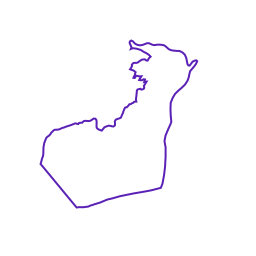 Belém, Brazil, rotated 215°
{"feature_id": "56859067B26519845494345", "entity_name": "Belém", "entity_type": "district", "adm_level": 2, "iso_a3": "BRA", "parent_name": "Brazil", "parent_adm1": "", "projection": "albers", "projection_center": [-48.415, -1.273], "detail": "fine", "context": "isolated", "style": "outline", "palette": "violet", "viewbox_px": 256, "rotation_deg": 215, "n_neighbors": 0, "source": "geoboundaries", "source_scale": "gbopen_adm2", "svg_char_len": 3283}
<svg xmlns="http://www.w3.org/2000/svg" viewBox="0 0 256 256"><g transform="rotate(215 128 128)"><path d="M176.1,200.0L175.5,198.6L171.4,196.1L171.0,194.4L170.1,195.8L169.0,196.6L166.6,197.8L164.4,198.6L162.0,199.3L158.8,199.4L156.0,199.8L154.4,199.9L152.9,199.9L151.8,199.7L150.4,199.4L150.8,197.5L150.8,196.0L150.6,194.4L151.8,193.8L153.6,193.9L154.7,193.0L155.8,192.0L156.5,190.4L157.2,188.6L157.4,187.5L158.4,186.2L159.5,185.5L160.8,184.4L161.1,182.9L161.1,181.8L160.3,181.2L160.0,179.4L160.0,177.3L158.2,177.7L156.5,178.3L153.8,178.1L153.4,176.7L152.7,174.9L152.6,173.2L152.3,172.2L151.2,172.8L151.2,174.5L151.3,175.5L149.9,176.2L148.8,176.5L147.7,177.3L146.7,178.1L146.6,176.6L146.6,175.0L146.3,173.7L145.0,174.5L143.8,175.2L143.3,176.8L141.9,177.5L141.1,175.0L140.3,176.0L139.4,176.7L139.3,175.2L139.2,173.5L139.1,171.5L137.8,170.3L137.6,169.1L138.1,168.2L139.1,167.1L140.4,167.2L141.7,165.7L142.3,164.9L142.1,163.5L140.9,161.6L140.2,160.2L139.5,159.1L139.0,158.1L138.5,157.0L137.6,155.6L136.3,154.4L137.1,153.8L138.0,153.0L138.2,151.5L138.9,150.6L139.5,149.1L140.5,148.2L140.5,146.9L140.7,145.3L140.9,144.2L142.0,143.3L142.0,141.9L141.6,140.4L141.3,138.9L140.8,137.7L140.6,136.3L140.2,134.4L139.8,132.4L140.3,131.4L141.1,130.3L142.0,129.1L142.8,127.7L142.6,125.8L141.1,124.1L140.2,122.5L140.7,121.0L141.9,120.2L143.1,119.9L145.2,118.8L146.6,116.9L147.7,115.1L148.0,110.8L151.0,110.0L152.6,109.9L153.8,110.3L155.0,111.6L155.7,112.8L157.5,115.4L158.5,116.4L160.0,116.9L161.5,116.1L162.3,114.0L162.7,112.8L163.4,111.9L164.2,111.1L165.2,110.5L166.3,109.9L168.0,108.6L168.4,107.4L168.6,106.0L169.8,105.2L171.0,103.9L171.0,102.7L172.1,102.2L173.3,101.9L174.3,101.0L175.0,99.8L175.7,98.7L177.4,96.3L178.2,95.3L179.5,93.6L180.8,91.6L181.8,90.4L182.7,89.0L183.3,87.9L184.0,86.9L185.1,86.0L187.0,84.5L187.5,83.5L187.8,82.1L188.2,79.8L188.0,78.6L188.2,77.3L188.4,76.1L188.9,74.9L189.2,73.7L189.2,72.5L188.6,70.1L188.3,68.9L188.0,67.7L187.1,65.8L186.2,63.8L185.4,62.6L184.6,61.3L183.9,60.3L182.3,57.9L181.8,56.8L181.3,55.6L181.0,54.2L180.6,52.9L179.7,50.6L179.3,49.5L179.0,48.4L164.4,44.4L124.5,33.4L122.8,35.0L118.6,37.9L117.8,38.8L115.8,40.5L115.0,41.6L114.3,43.0L113.0,44.4L112.1,45.8L108.1,50.9L104.0,57.4L100.5,61.3L95.3,67.7L85.4,78.1L80.8,82.6L76.8,86.6L73.1,90.4L66.8,97.8L67.8,102.1L71.4,110.0L75.7,118.0L77.8,121.3L80.3,125.4L86.0,133.6L87.7,135.3L90.6,138.2L92.9,143.3L94.5,150.6L95.4,155.7L96.2,158.1L99.8,162.3L103.5,167.1L104.6,168.7L107.5,173.2L108.7,178.6L109.0,183.0L108.3,187.0L107.1,191.7L106.2,196.3L106.4,201.0L107.4,204.6L108.2,206.3L108.9,208.0L109.7,210.3L109.3,214.6L109.1,216.5L109.1,219.6L109.6,222.4L110.8,222.6L111.9,221.6L113.1,219.5L113.2,217.7L113.3,214.5L114.4,213.9L116.0,214.5L119.1,217.5L120.0,218.4L121.2,219.3L122.4,220.0L123.5,220.6L125.1,220.9L126.4,221.1L127.8,221.0L129.1,220.8L130.5,220.3L132.4,219.0L133.6,218.4L134.6,217.8L135.9,217.1L137.3,216.5L138.8,216.1L140.2,216.0L142.6,216.3L143.7,216.4L145.0,216.5L146.5,216.2L147.6,215.7L149.2,214.8L150.5,214.0L152.1,212.8L153.8,211.1L154.9,210.5L156.1,210.1L157.7,209.8L159.3,209.5L160.8,208.6L161.7,207.4L163.5,204.7L164.4,203.7L165.2,202.9L166.2,202.3L167.3,201.8L168.4,201.4L169.8,201.2L171.1,201.2L173.8,201.8L175.5,201.5L176.1,200.0Z" fill="none" stroke="#5b21b6" stroke-width="2"/></g></svg>